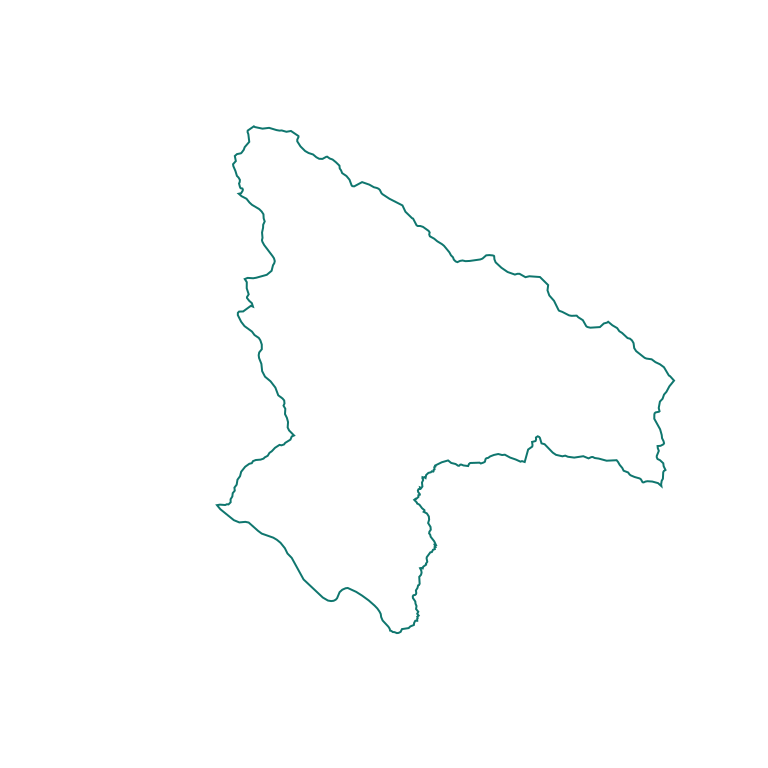 Betulia, Antioquia, Colombia (Equal Earth projection), rotated 133°
{"feature_id": "7082276B84924592103866", "entity_name": "Betulia", "entity_type": "district", "adm_level": 2, "iso_a3": "COL", "parent_name": "Colombia", "parent_adm1": "Antioquia", "projection": "equal_earth", "projection_center": [-75.957, 6.181], "detail": "fine", "context": "isolated", "style": "outline", "palette": "teal", "viewbox_px": 768, "rotation_deg": 133, "n_neighbors": 0, "source": "geoboundaries", "source_scale": "gbopen_adm2", "svg_char_len": 6166}
<svg xmlns="http://www.w3.org/2000/svg" viewBox="0 0 768 768"><g transform="rotate(133 384 384)"><path d="M269.5,111.5L268.4,112.9L265.4,114.9L263.1,115.4L258.1,119.6L256.8,120.0L254.9,119.5L253.4,123.4L251.5,125.7L251.5,130.2L252.3,132.8L251.6,134.5L250.7,135.4L245.5,137.4L244.2,140.0L242.8,141.6L240.6,139.6L237.5,138.5L236.3,138.8L235.1,140.7L234.0,143.7L231.9,146.1L228.8,151.2L225.1,162.6L221.9,165.5L220.8,166.1L219.6,166.0L216.8,164.0L216.0,163.9L214.2,166.7L208.7,170.2L204.8,170.2L200.7,172.0L197.1,172.1L191.1,173.7L183.7,174.2L183.2,180.1L183.5,181.5L180.8,190.7L181.4,195.7L182.9,200.4L183.4,205.1L186.4,209.4L187.1,211.2L188.0,222.0L187.1,225.5L183.9,229.4L183.0,232.4L183.1,235.0L184.3,237.2L184.3,244.7L184.9,247.9L184.1,251.6L185.3,257.0L185.6,262.5L186.9,262.7L189.8,264.5L195.1,264.9L202.1,271.5L203.6,274.1L203.8,275.5L201.7,282.1L202.7,287.4L202.6,289.7L206.3,293.4L207.6,295.5L209.7,302.9L211.0,305.9L210.8,307.0L207.2,316.4L206.5,323.5L204.0,328.3L199.7,331.4L199.4,342.9L206.1,351.2L209.4,353.4L211.0,360.1L212.3,361.5L214.7,362.9L217.8,370.0L218.9,377.4L218.9,385.3L217.5,388.3L215.4,390.6L215.3,391.1L215.9,392.3L217.9,394.9L220.2,397.0L225.1,397.5L227.2,398.5L235.5,405.2L238.6,408.2L240.1,410.8L242.2,412.4L244.8,413.4L245.5,415.2L245.4,417.8L244.3,419.9L244.2,422.8L243.1,426.0L242.0,434.4L242.2,437.1L243.3,442.4L243.5,446.4L244.7,451.2L243.8,452.9L242.0,454.0L241.6,455.7L242.5,462.7L243.7,465.2L245.5,467.2L245.7,468.5L243.2,475.5L243.6,476.6L243.4,485.8L240.8,492.3L244.8,506.3L246.2,514.4L246.2,515.9L244.9,519.4L244.9,521.1L245.5,522.9L247.0,525.6L248.2,530.7L251.3,537.7L259.8,540.6L260.9,542.1L260.8,543.2L258.1,548.6L257.5,553.3L258.3,558.4L257.0,561.2L256.6,563.3L254.7,565.5L254.6,570.4L254.9,574.7L256.1,577.5L256.5,580.6L257.3,581.2L261.3,582.5L263.5,585.0L264.3,588.1L264.5,592.4L266.5,596.7L267.4,600.6L267.2,607.1L265.7,612.9L264.4,614.1L261.6,615.0L261.0,615.7L262.4,624.6L266.1,627.4L268.3,631.7L270.0,633.3L271.6,635.8L275.0,642.7L280.1,647.0L284.1,653.6L284.3,654.9L291.6,656.5L292.8,655.6L293.8,653.6L298.8,647.7L305.8,647.4L308.4,646.3L311.9,645.9L312.9,646.0L316.1,648.3L319.0,648.6L322.0,644.4L326.2,644.3L327.4,642.8L329.5,638.0L332.1,633.5L332.2,631.2L333.0,628.6L334.8,627.2L336.2,626.8L338.1,623.8L338.6,622.4L337.6,620.9L338.0,619.9L339.0,619.2L341.9,618.6L343.9,620.0L343.8,616.3L342.3,610.9L343.0,606.3L343.0,602.8L341.2,594.5L341.3,591.1L342.1,587.9L344.9,585.0L346.5,582.1L349.9,581.0L352.2,579.0L356.4,576.5L360.0,572.5L362.0,571.4L362.9,570.0L364.1,566.4L366.5,552.6L367.1,550.2L368.6,547.7L370.6,546.6L372.8,546.2L377.9,543.4L384.1,544.2L393.4,549.9L395.9,551.8L399.4,556.1L402.2,557.4L403.1,553.8L407.6,549.7L410.7,544.1L413.9,543.5L414.5,542.9L415.1,539.4L415.0,535.8L416.8,532.6L417.6,534.7L427.0,536.5L429.9,539.4L431.6,539.4L433.3,537.9L435.9,530.9L436.8,525.5L435.7,516.3L436.5,512.1L435.7,506.9L436.4,504.2L438.5,500.3L441.9,497.1L446.0,496.8L448.4,495.3L450.2,493.1L452.9,487.4L457.7,481.9L459.8,476.0L459.4,468.8L460.7,461.0L464.4,453.6L463.8,448.4L464.1,445.8L466.1,443.5L468.4,442.7L469.4,439.3L473.5,435.9L475.0,431.9L477.3,428.2L481.5,424.8L482.7,421.7L483.0,414.7L485.3,415.7L488.5,414.5L494.4,416.1L496.4,415.9L498.8,417.2L499.8,418.9L505.0,420.2L509.7,420.2L512.5,420.8L515.8,420.1L519.1,421.2L520.7,421.2L523.5,422.7L527.0,425.9L529.7,427.2L532.1,426.7L534.2,428.1L539.2,429.1L545.6,428.6L549.6,426.4L553.9,425.9L558.1,423.1L561.8,422.7L563.8,420.4L567.0,420.2L569.7,418.2L572.9,417.6L575.1,415.5L578.1,415.6L579.1,416.9L580.8,417.6L584.1,421.7L586.5,423.5L587.2,418.3L586.0,401.0L583.9,395.4L579.4,391.4L577.6,388.5L577.3,376.0L576.8,371.4L571.9,360.2L571.0,356.1L570.7,351.4L571.7,344.5L573.8,339.0L574.1,332.9L581.8,309.5L581.9,283.1L580.6,277.3L578.8,274.6L576.9,273.0L574.7,272.2L572.7,272.2L566.5,274.5L562.9,274.2L559.6,272.8L557.9,271.4L555.0,262.6L553.7,255.7L552.7,247.5L552.5,239.6L552.7,235.8L553.5,232.1L554.4,229.6L556.4,227.1L557.9,223.7L558.5,215.3L559.1,213.0L560.2,211.3L559.6,210.4L559.4,208.4L558.3,207.1L557.4,204.7L556.1,203.6L553.9,202.8L551.0,203.7L545.7,199.5L543.3,199.4L539.9,197.8L538.2,199.0L536.2,199.6L535.7,199.6L534.5,198.2L533.1,199.6L532.2,199.7L531.5,201.0L529.7,200.7L529.4,203.0L527.2,203.6L526.7,207.1L524.2,208.8L523.2,211.1L521.7,212.8L520.8,216.9L519.6,218.2L518.4,218.4L517.1,217.4L515.9,217.3L514.9,217.8L513.2,219.9L510.4,220.4L508.0,221.7L507.1,221.3L505.8,221.7L501.0,226.7L498.3,226.8L496.4,227.8L495.1,229.4L494.1,232.0L493.1,231.3L492.5,229.9L490.9,230.7L487.4,230.0L486.7,230.8L484.5,231.1L482.5,233.9L481.5,234.6L475.5,235.3L474.3,234.4L471.8,235.1L470.1,234.2L468.9,235.7L468.0,235.1L467.1,237.3L466.3,236.3L464.8,240.0L463.9,245.7L462.7,247.5L462.5,249.1L461.0,250.1L458.7,250.4L456.8,252.5L455.6,256.9L452.4,258.5L450.3,260.9L449.4,264.4L450.4,267.8L449.3,267.8L448.7,268.4L448.9,271.4L448.1,275.8L448.8,278.3L448.3,279.1L448.1,282.9L446.3,282.6L446.2,282.1L443.1,281.8L441.9,283.0L440.5,282.3L440.1,282.8L439.7,285.3L438.8,286.6L437.3,287.0L436.1,285.9L435.1,287.2L434.6,285.8L432.8,286.0L430.2,289.0L427.5,289.9L426.7,291.7L425.9,292.3L425.4,291.1L424.6,291.0L424.4,289.5L421.8,291.1L418.7,290.9L416.6,289.5L415.3,289.5L414.6,288.3L414.2,288.2L413.0,289.1L412.0,288.8L410.6,290.5L409.3,290.1L408.8,291.0L401.9,288.4L396.2,285.0L395.9,281.0L393.7,277.1L393.2,274.0L392.5,273.3L390.9,273.2L390.2,272.5L389.4,270.4L386.6,266.5L384.6,267.3L383.0,267.1L376.4,260.5L376.1,259.0L373.5,257.6L372.0,257.2L369.7,258.5L368.5,258.5L366.9,257.4L364.6,257.0L360.9,255.2L357.3,252.7L355.4,249.2L353.3,247.4L351.8,241.6L349.4,236.2L347.7,231.2L346.3,230.5L345.1,227.9L333.6,233.9L328.7,232.9L327.4,233.7L325.4,236.2L322.4,234.3L320.9,234.9L319.5,236.4L317.4,235.9L316.9,234.4L317.1,233.2L320.0,228.3L318.5,225.5L319.1,213.8L318.5,209.9L315.2,204.2L312.8,202.6L311.8,199.9L308.1,194.7L300.9,189.0L298.9,183.7L296.0,182.5L295.0,181.5L294.4,179.4L292.1,176.1L288.3,168.9L281.1,161.9L281.4,159.6L282.4,156.5L282.9,152.5L284.0,149.6L282.2,145.1L282.7,142.6L282.5,141.1L281.1,137.3L278.7,132.6L278.5,131.1L279.5,127.9L278.9,127.0L277.0,126.2L275.4,125.0L272.4,121.3L269.6,116.0L269.5,111.5Z" fill="none" stroke="#0f766e" stroke-width="2"/></g></svg>